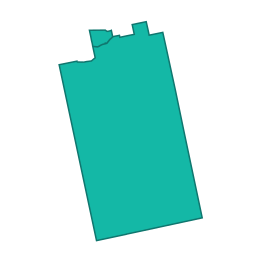 Anangu Pitjantjatjara Yunkunytjatjara, South Australia, Australia, rotated 258°
{"feature_id": "25037944B76937209298521", "entity_name": "Anangu Pitjantjatjara Yunkunytjatjara", "entity_type": "district", "adm_level": 2, "iso_a3": "AUS", "parent_name": "Australia", "parent_adm1": "South Australia", "projection": "robinson", "projection_center": [130.361, -27.059], "detail": "fine", "context": "isolated", "style": "filled", "palette": "teal", "viewbox_px": 256, "rotation_deg": 258, "n_neighbors": 0, "source": "geoboundaries", "source_scale": "gbopen_adm2", "svg_char_len": 3285}
<svg xmlns="http://www.w3.org/2000/svg" viewBox="0 0 256 256"><g transform="rotate(258 128 128)"><path d="M24.4,73.8L24.4,74.1L24.4,74.3L24.4,74.5L24.4,74.8L24.4,75.0L24.4,75.3L24.4,75.5L24.4,75.9L24.4,76.1L24.4,76.4L24.4,76.6L24.4,76.8L24.4,77.1L24.4,77.3L24.4,77.5L24.4,77.8L24.4,78.0L24.4,78.4L24.4,78.7L24.4,78.9L24.4,79.0L24.4,79.3L24.4,79.5L24.4,79.8L24.4,80.0L24.4,80.3L24.4,80.5L24.4,81.0L24.4,81.4L24.4,81.7L24.4,81.8L24.4,82.0L24.4,82.3L24.4,82.5L24.4,82.8L24.4,84.2L24.4,84.4L24.4,84.6L24.4,84.9L24.4,85.1L24.4,85.3L24.4,85.6L24.4,85.8L24.4,86.0L24.4,86.5L24.4,86.9L24.4,87.2L24.4,87.4L24.4,87.6L24.4,87.8L24.4,88.1L24.4,88.3L24.4,88.5L24.4,88.8L24.4,89.0L24.4,89.4L24.4,89.5L24.4,89.9L24.4,90.1L24.4,90.4L24.4,90.6L24.4,90.8L24.4,91.1L24.4,91.3L24.4,91.6L24.4,91.8L24.4,92.0L24.4,92.4L24.4,92.7L24.4,92.9L24.4,93.1L24.4,93.4L24.4,93.6L24.4,93.8L24.4,95.0L24.4,95.4L24.4,95.7L24.4,95.9L24.4,96.1L24.4,96.3L24.4,96.6L24.4,96.8L24.4,97.0L24.4,97.3L24.4,97.5L24.4,98.0L24.4,98.4L24.4,98.6L24.4,98.9L24.4,99.1L24.4,99.3L24.4,99.6L24.4,99.8L24.4,100.0L24.4,100.5L24.4,100.9L24.4,101.2L24.4,101.4L24.4,101.6L24.4,104.2L24.5,104.4L24.5,104.6L24.5,104.8L24.5,105.1L24.5,105.3L24.5,105.8L24.5,106.0L24.5,106.4L24.5,106.7L24.5,106.9L24.5,107.1L24.5,107.4L24.5,107.6L24.5,107.8L24.5,108.1L24.5,108.3L24.5,108.5L24.5,109.0L24.5,109.4L24.5,109.7L24.5,109.8L24.5,110.1L24.5,110.3L24.5,110.6L24.5,110.8L24.5,112.0L24.7,181.9L111.7,182.0L155.3,182.2L198.4,182.0L214.3,181.9L214.3,179.6L214.4,168.0L219.6,168.0L228.2,167.9L228.3,153.6L220.7,153.6L218.3,153.6L218.4,146.0L218.4,138.9L220.4,138.9L220.5,132.5L218.3,128.7L215.2,124.9L215.1,123.8L215.0,120.4L214.6,118.7L214.4,117.9L214.0,117.1L214.0,116.9L213.6,115.2L215.1,110.5L212.6,110.5L203.5,110.5L202.4,108.4L201.2,106.2L201.4,103.3L201.6,101.3L201.6,98.6L202.1,96.3L203.1,92.2L203.6,91.8L204.0,91.9L204.2,73.8L203.3,73.8L202.6,73.8L199.7,73.8L199.0,73.8L192.6,73.8L177.5,73.8L173.7,73.8L173.0,73.8L172.5,73.8L171.9,73.8L171.6,73.8L170.2,73.8L157.5,73.8L156.8,73.8L155.0,73.8L153.3,73.8L152.6,73.8L142.3,73.8L142.0,73.8L141.9,73.8L141.7,73.8L141.4,73.8L141.2,73.8L140.9,73.8L140.7,73.8L140.4,73.8L140.2,73.8L139.9,73.8L139.2,73.8L138.5,73.8L137.8,73.8L137.6,73.8L137.2,73.8L136.4,73.8L135.7,73.8L135.4,73.8L135.2,73.8L128.1,73.8L125.9,73.8L123.1,73.8L120.2,73.8L113.9,73.8L113.2,73.8L112.5,73.8L100.6,73.8L99.8,73.8L91.2,73.8L90.0,73.8L86.2,73.8L85.9,73.8L84.0,73.8L83.9,73.8L83.7,73.8L83.4,73.8L81.7,73.8L81.4,73.8L78.9,73.8L78.4,73.8L78.2,73.8L77.5,73.8L76.8,73.8L76.0,73.8L75.5,73.8L75.1,73.8L72.6,73.8L63.4,73.8L61.4,73.8L60.9,73.8L60.6,73.8L60.3,73.8L57.1,73.8L56.6,73.8L56.0,73.8L54.8,73.8L54.5,73.8L52.8,73.8L51.7,73.8L51.3,73.8L50.7,73.8L50.2,73.8L48.1,73.8L47.4,73.8L42.9,73.8L42.6,73.8L41.2,73.8L39.1,73.8L38.4,73.8L37.7,73.8L33.5,73.8L30.0,73.8L25.1,73.8L24.4,73.8ZM220.5,132.3L220.5,132.0L220.8,132.0L221.6,132.0L221.9,132.0L227.0,132.0L226.8,131.1L226.7,128.4L226.9,127.9L227.0,127.4L227.9,126.6L228.4,126.2L228.7,124.9L231.6,110.6L224.8,110.6L221.0,110.5L218.2,110.6L215.2,110.5L215.0,111.0L213.7,115.1L214.1,116.9L214.1,117.0L214.5,117.9L214.7,118.7L215.1,120.4L215.2,123.4L215.7,123.4L215.7,123.6L215.3,123.6L215.2,123.8L215.3,124.8L218.4,128.6L220.5,132.3Z" fill="#14b8a6" stroke="#0f766e" stroke-width="1.5"/></g></svg>